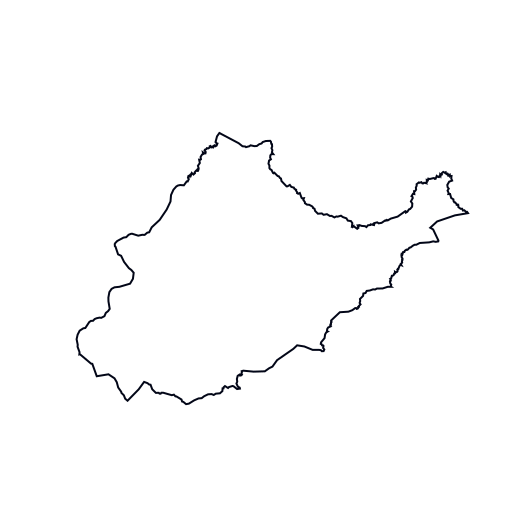 the district of East Mamprusi, Northern, Ghana, rotated 318°
{"feature_id": "2480657B84792930556748", "entity_name": "East Mamprusi", "entity_type": "district", "adm_level": 2, "iso_a3": "GHA", "parent_name": "Ghana", "parent_adm1": "Northern", "projection": "orthographic", "projection_center": [-0.286, 10.453], "detail": "fine", "context": "isolated", "style": "outline", "palette": "ink", "viewbox_px": 512, "rotation_deg": 318, "n_neighbors": 0, "source": "geoboundaries", "source_scale": "gbopen_adm2", "svg_char_len": 6125}
<svg xmlns="http://www.w3.org/2000/svg" viewBox="0 0 512 512"><g transform="rotate(318 256 256)"><path d="M452.2,331.2L453.0,329.0L454.8,327.4L454.1,326.9L454.2,326.2L453.6,326.3L453.9,325.7L453.3,325.4L454.1,325.0L452.9,324.4L453.3,323.6L452.7,323.4L452.4,322.2L452.9,322.1L452.3,321.3L452.9,320.6L451.9,320.2L451.4,318.8L448.9,318.8L448.6,319.8L447.4,319.4L446.8,319.9L447.0,319.0L446.0,319.9L445.5,319.4L444.8,319.8L444.2,319.2L443.9,317.4L441.1,318.8L440.4,318.2L440.6,317.5L440.1,316.9L436.7,315.1L435.8,313.8L434.4,314.8L433.8,313.7L432.5,315.4L431.2,315.1L431.1,315.7L429.9,314.0L428.7,313.9L428.2,313.3L428.3,311.8L426.6,311.1L426.3,310.3L423.4,310.1L422.4,311.3L420.6,312.1L419.4,313.8L417.6,314.2L416.8,313.6L415.1,315.9L414.3,314.8L411.6,315.6L411.9,316.6L411.3,317.8L407.6,319.1L407.3,321.6L405.0,323.8L402.0,324.2L400.9,323.7L398.0,324.4L396.7,324.1L397.3,323.5L397.0,322.6L387.6,321.5L381.2,318.4L377.7,317.7L377.4,316.7L376.1,316.7L375.9,316.0L371.5,315.4L369.0,313.8L368.6,312.1L365.7,310.6L364.8,310.6L365.0,311.6L364.4,312.0L362.4,309.2L361.7,309.5L359.8,308.1L357.4,308.4L357.0,306.8L354.7,304.4L353.6,302.3L352.2,301.4L352.2,302.6L351.2,302.6L350.9,303.6L349.4,303.5L348.6,299.5L347.8,299.3L348.4,298.8L347.0,298.3L349.6,296.0L349.9,293.6L347.9,291.1L348.4,288.5L346.6,285.2L346.1,282.9L343.0,281.4L342.2,280.4L340.1,279.8L339.0,276.7L337.7,275.7L336.7,272.4L333.8,270.6L333.4,268.4L330.3,266.0L330.1,262.0L331.1,260.0L330.5,258.6L330.9,258.1L330.9,256.6L329.8,253.5L328.3,252.0L327.7,249.5L328.4,248.6L328.7,246.0L330.3,245.1L328.9,244.1L328.8,243.2L330.7,238.5L329.0,238.0L328.6,236.7L329.2,236.3L329.6,233.7L330.1,233.5L329.5,231.6L329.9,230.5L328.5,228.3L328.7,225.8L326.0,225.3L325.3,224.7L325.1,217.4L326.4,215.1L326.0,213.9L326.3,212.1L325.6,211.0L325.4,206.4L324.4,206.3L324.2,205.7L325.1,202.4L324.6,201.0L324.8,199.6L326.5,197.8L327.0,195.8L329.6,193.8L331.8,194.1L332.3,192.4L334.0,190.8L335.6,190.6L337.0,191.9L337.2,189.6L339.0,188.3L339.7,186.2L341.1,185.6L342.7,183.6L342.4,182.9L343.6,181.0L343.6,179.9L340.2,177.1L337.2,175.8L335.4,176.1L333.3,175.1L330.2,174.8L328.3,173.3L326.0,170.1L324.6,170.0L321.4,168.4L321.3,167.5L319.4,165.4L318.6,160.6L311.1,140.1L307.1,141.0L302.2,144.2L302.4,145.2L301.8,146.1L302.4,146.7L300.6,147.6L299.3,147.3L299.3,146.0L298.4,145.8L298.2,146.4L296.9,146.6L297.0,145.7L295.8,145.6L295.8,143.7L295.0,143.5L294.5,144.5L292.3,144.0L291.7,143.0L290.5,143.3L289.2,142.8L288.4,143.1L288.2,145.1L287.1,145.9L286.3,145.2L285.9,143.4L285.0,144.9L283.8,144.5L281.1,145.3L279.8,147.3L278.9,147.2L278.2,146.4L276.5,149.3L273.2,150.1L272.1,152.4L270.6,152.4L270.9,153.4L269.7,153.9L268.5,152.5L266.3,152.8L266.0,153.6L264.0,153.6L263.8,151.3L261.8,152.4L262.0,151.6L261.5,151.6L260.0,152.6L259.9,151.5L259.3,151.3L257.8,152.3L257.5,153.9L255.1,154.9L254.4,154.2L249.7,155.2L247.1,152.5L245.2,151.4L243.3,151.0L239.0,151.5L233.7,153.8L228.9,158.3L220.7,161.7L208.6,164.7L197.7,164.9L192.5,166.9L190.8,165.9L187.4,165.8L185.6,164.1L182.1,162.1L178.8,156.5L177.8,155.8L175.5,155.0L172.2,155.2L169.9,153.7L163.0,152.0L160.2,152.2L159.0,152.6L157.7,154.3L157.8,155.1L154.6,162.5L155.9,165.6L154.0,172.1L153.4,180.0L154.0,182.9L153.9,186.6L149.3,190.6L143.9,192.3L133.9,187.5L129.9,184.6L126.7,183.8L122.9,184.7L118.5,188.1L116.0,191.0L111.9,197.4L109.2,198.0L106.3,197.8L103.1,199.3L99.6,198.4L98.5,197.1L95.9,195.6L93.9,194.9L91.5,195.1L90.0,193.8L87.9,193.5L81.0,195.3L79.3,194.2L75.0,193.5L70.8,195.1L67.0,197.8L64.1,202.7L62.7,204.0L60.5,209.4L58.9,210.9L59.4,211.1L61.4,225.6L62.2,226.6L57.2,238.8L67.2,245.2L69.0,252.2L68.1,256.6L65.6,261.5L65.0,266.6L64.4,267.7L64.6,271.1L63.3,274.5L63.7,277.6L79.6,276.6L88.6,274.7L90.3,277.9L90.6,280.0L91.5,281.1L89.7,285.6L90.0,290.7L92.2,292.6L92.2,293.7L93.0,294.5L94.2,294.3L95.6,295.6L100.3,303.1L102.2,304.1L102.2,306.4L102.9,307.1L104.6,312.8L103.7,314.7L104.4,315.8L104.9,319.3L107.3,320.8L113.5,321.9L118.0,323.4L120.5,325.3L123.6,325.5L127.8,326.7L130.6,328.9L131.6,331.0L134.0,331.4L137.3,333.9L140.6,333.9L142.6,332.0L143.3,332.6L144.2,331.9L145.9,331.9L146.9,335.4L148.2,335.3L151.6,336.9L152.2,337.9L152.9,342.2L155.3,343.8L155.8,342.9L155.1,341.0L156.1,337.7L158.0,336.8L159.5,334.6L162.2,332.8L164.3,333.1L164.1,334.2L165.4,334.9L166.3,334.6L166.0,333.8L167.8,332.9L168.3,332.0L169.8,332.7L176.9,340.4L185.4,347.6L190.7,348.2L194.2,349.2L202.0,347.5L221.6,350.0L226.8,349.9L231.4,355.6L235.3,363.7L240.1,368.0L241.2,369.4L241.2,370.8L242.6,371.9L244.2,371.2L244.4,369.2L246.0,368.0L246.1,367.5L245.3,366.6L245.7,365.6L245.3,364.7L246.6,363.7L252.0,362.9L254.9,360.5L257.0,359.8L258.7,360.1L258.3,359.4L260.1,357.9L261.7,357.4L264.2,358.2L264.1,357.6L265.5,357.4L265.6,356.6L266.3,356.6L267.7,355.2L268.1,355.4L268.7,354.2L272.2,354.1L280.7,353.9L287.4,359.2L291.3,360.7L294.9,361.1L295.7,361.9L295.5,362.7L296.3,363.1L297.4,362.9L297.9,362.2L298.6,362.6L299.0,362.0L301.3,361.9L301.6,360.2L303.3,359.2L304.5,357.5L308.9,357.3L310.7,355.7L312.6,356.8L314.9,356.0L317.5,357.8L320.7,359.1L322.1,360.6L324.1,361.1L328.3,364.8L333.4,367.1L335.9,369.4L335.8,368.8L337.4,367.7L337.4,366.3L338.3,364.8L339.3,364.6L339.1,364.2L340.5,363.5L340.5,362.8L341.6,363.0L343.7,361.6L344.3,362.1L345.9,362.2L346.9,361.5L347.8,362.0L348.7,360.8L348.9,361.6L350.3,362.2L351.2,361.9L351.8,360.8L352.8,361.0L353.0,360.4L353.8,360.5L356.0,359.4L357.5,359.2L357.9,360.1L358.2,358.8L360.2,358.7L361.0,357.4L362.3,356.9L362.3,356.3L363.2,355.9L363.4,354.5L364.6,352.7L365.2,353.2L366.2,352.6L366.2,351.9L366.8,352.2L367.9,351.5L368.9,352.3L370.0,351.7L372.0,351.9L372.2,352.5L373.1,352.8L375.6,352.5L376.6,353.1L379.5,353.3L381.5,353.8L382.7,354.9L386.4,355.9L393.9,361.8L397.5,363.7L399.0,365.7L401.2,367.1L401.9,366.6L405.4,354.8L404.4,351.6L413.7,351.5L431.0,358.9L442.2,366.0L442.4,364.4L441.6,363.7L441.4,361.4L440.2,360.7L440.8,358.8L439.7,357.9L439.1,355.1L440.2,353.8L439.6,352.7L440.2,352.6L439.7,351.9L439.9,349.5L439.3,348.9L439.6,347.3L440.6,346.0L439.9,343.5L441.7,339.8L440.4,338.7L441.3,338.2L442.1,335.6L444.3,334.9L444.4,333.2L445.7,331.2L449.3,330.0L452.2,331.2Z" fill="none" stroke="#020617" stroke-width="2"/></g></svg>